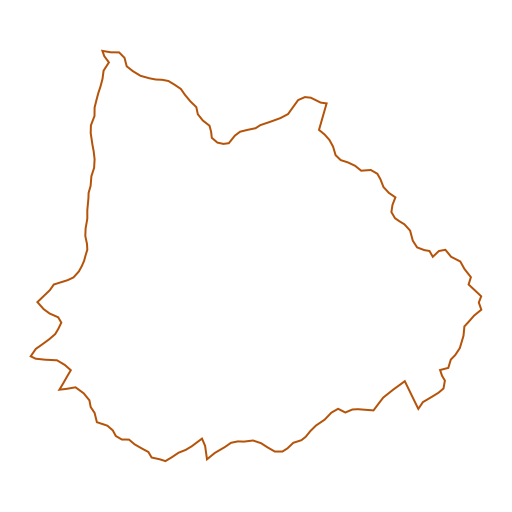 the district of Bocaina, São Paulo, Brazil
{"feature_id": "56859067B85307628604118", "entity_name": "Bocaina", "entity_type": "district", "adm_level": 2, "iso_a3": "BRA", "parent_name": "Brazil", "parent_adm1": "São Paulo", "projection": "albers", "projection_center": [-48.534, -22.093], "detail": "fine", "context": "isolated", "style": "outline", "palette": "amber", "viewbox_px": 512, "rotation_deg": 0, "n_neighbors": 0, "source": "geoboundaries", "source_scale": "gbopen_adm2", "svg_char_len": 2412}
<svg xmlns="http://www.w3.org/2000/svg" viewBox="0 0 512 512"><path d="M59.4,389.7L66.9,388.8L75.5,387.3L83.7,393.3L89.4,400.3L90.7,407.1L94.6,412.9L96.9,422.2L107.4,425.7L112.8,430.4L115.8,436.0L121.8,439.5L129.0,439.6L134.7,444.4L141.7,448.4L148.4,452.0L151.6,457.5L159.8,459.3L165.4,461.1L171.9,457.2L178.6,452.7L185.7,449.9L191.7,446.3L202.0,438.6L205.1,445.9L207.0,459.3L214.7,453.0L225.1,446.9L231.0,442.8L237.8,441.4L244.0,441.6L253.0,440.5L261.1,443.2L267.1,447.1L274.7,451.5L282.5,451.5L287.4,448.4L293.3,442.8L301.4,440.2L305.7,436.8L310.4,431.0L316.0,425.5L324.6,419.7L331.3,412.7L338.1,408.8L345.3,412.5L352.4,409.5L357.8,409.2L373.5,410.4L378.6,403.6L383.2,397.6L393.0,389.8L404.8,381.2L418.3,408.9L422.9,402.1L431.9,396.8L438.4,392.8L443.5,388.5L444.9,380.6L442.0,375.7L440.1,370.0L448.3,367.9L450.8,359.6L455.2,355.1L459.8,348.1L461.8,341.5L463.5,335.7L464.4,326.4L468.2,322.3L474.2,315.5L481.3,309.7L478.8,302.5L481.2,296.3L474.2,289.7L468.6,284.5L470.9,277.2L464.4,268.9L460.3,261.5L451.1,256.8L445.4,249.8L438.9,251.0L432.8,256.8L429.5,251.0L424.3,250.1L417.1,247.4L412.8,240.7L410.1,230.6L404.4,224.3L399.3,221.2L395.0,218.2L391.4,212.1L392.5,204.8L395.4,197.4L388.9,192.9L383.5,187.1L380.4,179.2L377.4,173.8L370.8,170.0L361.2,170.7L355.1,165.8L347.9,162.4L340.7,160.1L335.6,155.2L333.1,146.7L329.4,139.9L324.6,134.5L319.0,129.9L326.6,103.4L320.7,102.6L310.8,97.7L304.9,97.1L298.1,100.1L288.0,114.1L280.4,118.1L270.2,121.8L260.4,125.1L255.6,128.2L247.4,129.9L240.1,131.7L234.9,135.6L228.8,143.2L223.4,143.9L217.4,142.6L211.8,137.8L211.1,131.7L209.5,125.7L202.8,120.5L197.8,114.2L196.3,107.1L190.4,101.4L185.0,94.9L180.8,88.9L174.4,84.6L168.4,81.0L162.2,79.8L155.7,79.5L149.5,78.3L140.5,75.8L132.9,71.2L126.7,66.3L124.5,57.8L119.1,52.4L110.8,52.3L102.4,50.9L104.3,56.2L108.9,62.4L103.6,70.6L102.5,78.9L100.4,86.8L98.4,92.8L96.8,98.7L94.6,107.5L94.5,116.0L90.9,125.4L90.7,133.1L92.5,145.1L93.7,151.5L94.6,159.4L94.1,167.9L91.4,176.2L90.6,185.9L88.6,192.9L88.4,198.7L87.3,210.2L87.3,218.7L85.6,228.5L85.3,236.0L87.0,244.0L87.3,249.8L85.6,255.2L84.1,260.8L81.9,265.9L78.9,271.4L73.5,277.4L67.8,280.1L60.8,282.3L53.8,284.5L49.8,290.2L37.4,302.1L43.6,309.1L49.6,313.5L58.2,317.3L61.3,322.6L58.3,328.9L55.2,334.1L48.9,339.5L40.8,345.4L35.8,348.9L30.7,356.3L35.6,358.7L45.1,359.7L57.0,360.3L64.9,365.0L70.8,370.2L66.8,377.0L63.4,383.0L59.4,389.7Z" fill="none" stroke="#b45309" stroke-width="2"/></svg>